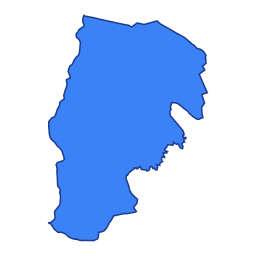 Senjeh, Bomi, Liberia (Robinson projection)
{"feature_id": "62588387B88523823709040", "entity_name": "Senjeh", "entity_type": "district", "adm_level": 2, "iso_a3": "LBR", "parent_name": "Liberia", "parent_adm1": "Bomi", "projection": "robinson", "projection_center": [-10.869, 6.837], "detail": "fine", "context": "isolated", "style": "filled", "palette": "blue", "viewbox_px": 256, "rotation_deg": 0, "n_neighbors": 0, "source": "geoboundaries", "source_scale": "gbopen_adm2", "svg_char_len": 4206}
<svg xmlns="http://www.w3.org/2000/svg" viewBox="0 0 256 256"><path d="M203.9,52.0L203.8,51.9L202.1,50.3L201.9,50.2L201.0,50.0L200.8,49.4L197.0,48.5L195.4,46.7L195.1,46.4L193.8,45.1L193.4,45.0L193.2,45.0L187.2,39.8L186.3,39.1L184.7,37.7L178.3,34.1L178.1,34.2L172.4,30.7L161.4,24.5L160.5,24.0L160.3,23.8L157.1,20.9L156.8,21.0L148.8,23.2L144.5,24.4L144.0,24.5L140.6,23.7L137.1,23.0L131.5,27.0L129.0,25.4L128.7,25.3L122.6,24.2L114.2,22.4L106.5,20.7L105.9,20.6L92.6,17.5L85.0,16.1L84.1,15.5L83.9,15.4L82.8,19.0L82.8,21.3L83.4,23.6L84.1,25.0L83.8,26.3L81.7,27.7L79.0,29.7L78.8,29.8L78.6,30.4L78.2,31.6L76.4,33.6L76.0,35.7L76.3,36.2L76.6,37.1L76.9,37.7L79.0,39.5L80.4,42.3L79.5,52.1L78.6,54.9L78.4,55.4L75.8,57.6L74.8,59.3L74.3,60.0L74.0,60.5L72.2,64.4L69.7,66.2L68.1,71.2L68.3,71.7L69.7,75.4L70.4,78.1L70.2,78.2L69.9,78.0L68.4,78.7L66.4,79.8L66.6,81.6L67.1,84.3L66.4,87.2L65.2,90.2L65.0,91.3L64.4,93.2L63.8,95.1L64.0,96.8L64.2,98.9L64.3,99.0L61.5,100.8L59.8,102.4L59.5,105.4L59.2,105.9L59.1,106.1L57.4,109.2L55.9,113.9L54.6,116.7L51.8,117.9L48.8,121.5L48.8,122.8L48.7,125.9L49.0,129.0L49.2,132.2L49.4,134.3L50.2,137.5L50.4,138.0L52.0,140.1L54.7,142.3L57.8,146.6L58.8,147.2L60.5,148.8L61.7,150.7L62.3,151.6L62.6,153.5L63.5,155.6L64.4,159.4L63.7,160.0L62.8,160.8L59.7,161.8L59.4,162.0L57.4,162.6L56.1,164.5L56.3,165.0L57.2,169.4L56.9,171.3L56.9,171.5L57.4,178.7L57.4,180.8L57.4,181.1L57.5,183.1L57.7,186.0L58.6,187.2L59.7,188.6L60.2,189.9L60.3,190.4L59.6,192.4L60.0,193.7L60.1,194.3L60.5,195.5L60.5,198.5L60.1,202.3L59.8,204.8L58.8,206.2L55.9,209.7L54.6,211.4L54.6,212.2L54.6,213.5L54.9,215.6L55.2,218.1L53.1,220.7L50.8,222.4L48.7,222.8L48.8,223.1L49.6,223.6L50.6,223.4L51.4,224.8L53.7,228.3L54.4,229.3L58.1,232.4L58.8,232.4L61.7,232.2L63.1,232.8L65.6,234.0L68.7,237.0L73.3,238.9L76.3,239.4L76.3,239.0L79.5,240.2L82.5,240.6L82.6,240.4L93.8,240.6L96.3,239.4L97.6,238.8L98.3,236.6L98.8,232.1L101.2,232.0L104.3,230.7L106.5,228.1L108.7,224.1L108.9,223.5L110.0,221.6L110.4,221.6L113.5,216.2L113.7,215.7L115.1,215.6L119.5,214.6L125.7,213.3L126.0,213.8L135.0,212.2L135.8,211.8L136.4,211.5L133.5,207.3L135.1,205.5L136.9,203.4L137.5,199.4L133.8,195.9L132.6,194.7L132.4,194.5L130.3,191.9L130.6,191.7L129.7,190.5L128.9,186.3L128.6,185.5L127.2,181.7L126.0,178.6L126.6,175.2L127.5,175.3L128.9,172.8L131.2,170.9L135.0,168.2L134.8,167.9L136.0,167.9L136.5,168.5L136.9,168.9L137.5,168.6L137.5,168.2L138.0,168.5L138.9,167.3L140.3,166.7L140.8,168.0L141.3,169.4L143.9,169.8L145.9,169.9L147.0,171.0L148.2,170.7L149.6,169.6L149.6,168.0L150.4,166.7L151.3,166.3L152.0,167.0L153.2,168.7L154.0,168.1L155.8,170.0L156.9,169.9L157.7,167.6L156.7,164.6L158.5,165.0L159.7,165.5L159.8,163.7L161.0,162.4L162.5,161.6L161.9,161.2L161.7,158.9L161.7,157.1L162.0,157.1L162.8,156.9L164.6,157.5L164.6,157.1L163.6,155.0L163.1,153.0L163.4,153.0L165.5,153.1L166.9,152.8L166.3,151.9L167.2,151.4L164.7,150.4L164.6,149.3L166.4,147.6L167.7,145.0L170.8,144.8L172.3,145.3L173.3,144.7L173.5,143.5L173.4,142.4L174.8,143.1L176.4,144.3L178.1,143.6L179.2,146.2L180.8,148.2L182.5,148.7L183.0,146.3L181.8,144.0L182.8,142.7L184.6,142.1L183.9,140.7L183.8,139.4L185.8,138.6L185.8,137.4L183.4,137.6L182.8,137.0L183.1,136.2L184.0,134.6L183.3,134.7L183.8,132.9L183.7,132.6L183.1,130.9L178.0,124.7L176.2,122.6L170.2,115.3L170.2,114.5L170.1,113.5L169.9,113.0L169.9,112.5L169.9,111.5L170.0,111.0L170.0,110.7L170.4,110.4L170.5,110.2L171.0,109.8L171.1,109.5L171.1,109.2L171.0,108.9L170.9,108.7L170.6,108.4L170.5,108.1L170.5,107.8L170.5,107.5L170.5,107.2L170.6,106.5L170.8,106.0L171.2,105.0L171.3,104.2L171.4,103.9L171.5,103.4L171.5,103.0L171.6,102.7L175.3,102.8L177.5,103.4L181.6,106.4L184.3,108.8L187.9,111.4L188.0,111.6L189.0,113.1L193.3,116.9L196.5,119.0L198.7,119.4L202.1,117.8L202.9,117.7L202.3,114.7L201.9,112.6L201.8,110.8L201.7,108.2L201.6,107.4L201.8,107.1L204.2,103.6L204.6,103.0L204.3,102.2L203.4,99.5L201.8,94.6L205.1,93.4L207.3,92.7L206.9,91.8L204.5,86.3L203.0,82.9L201.5,79.4L200.7,77.7L199.3,74.4L199.2,74.2L202.5,71.7L203.8,70.8L204.7,70.1L204.2,69.1L204.3,68.7L203.8,68.4L202.5,66.3L203.6,65.4L206.1,63.2L205.9,62.6L205.9,61.4L205.9,61.2L205.9,59.0L205.1,57.8L205.4,57.3L206.1,55.6L204.9,53.6L203.9,52.0Z" fill="#3b82f6" stroke="#1e3a8a" stroke-width="1.5"/></svg>